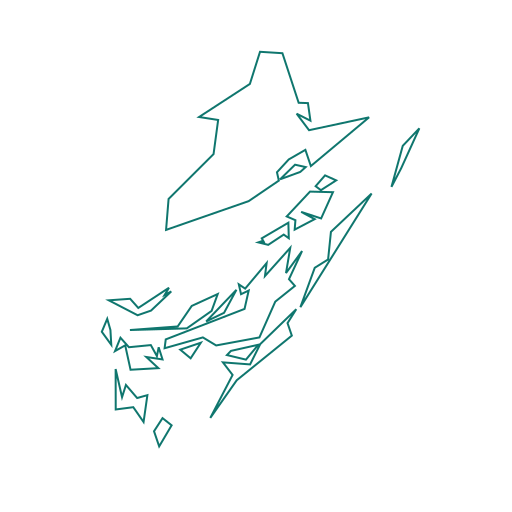 Van Don, Quảng Ninh, Vietnam, rotated 10°
{"feature_id": "81297802B23156291808671", "entity_name": "Van Don", "entity_type": "district", "adm_level": 2, "iso_a3": "VNM", "parent_name": "Vietnam", "parent_adm1": "Quảng Ninh", "projection": "albers", "projection_center": [107.384, 20.984], "detail": "medium", "context": "isolated", "style": "outline", "palette": "teal", "viewbox_px": 512, "rotation_deg": 10, "n_neighbors": 0, "source": "geoboundaries", "source_scale": "gbopen_adm2", "svg_char_len": 1964}
<svg xmlns="http://www.w3.org/2000/svg" viewBox="0 0 512 512"><g transform="rotate(10 256 256)"><path d="M162.9,245.9L239.3,203.2L265.4,177.8L262.1,169.9L271.5,155.2L286.2,142.9L294.4,157.9L343.3,99.8L286.4,122.9L271.3,108.8L286.1,113.3L280.6,96.4L271.4,97.7L246.8,51.7L224.5,54.2L220.1,87.6L175.8,129.0L195.1,128.6L196.5,163.0L160.0,215.0L162.9,245.9ZM300.5,243.1L288.5,267.6L288.3,242.0L268.3,274.2L267.7,261.1L251.0,290.0L244.0,286.9L247.9,296.2L254.8,291.3L253.9,310.1L181.6,353.8L182.0,362.7L217.8,345.4L232.3,351.0L273.5,335.6L282.9,297.6L299.5,278.7L292.5,273.1L300.5,243.1ZM308.6,298.7L359.0,174.4L325.6,219.2L327.6,246.9L315.9,257.4L308.6,298.7ZM304.9,301.4L275.5,342.0L269.0,363.8L241.9,366.5L253.6,377.2L239.1,423.4L258.6,381.7L305.1,328.2L298.7,316.6L304.9,301.4ZM320.7,179.8L298.0,183.2L279.4,211.7L288.6,213.9L289.5,223.3L307.4,209.5L292.8,204.7L313.6,207.7L320.7,179.8ZM136.7,360.0L133.7,374.1L142.7,366.7L152.2,389.8L179.3,383.4L165.5,374.5L181.9,374.1L176.0,362.8L175.8,371.8L167.9,362.0L146.7,367.9L136.7,360.0ZM224.9,300.1L201.4,316.3L191.1,339.0L144.7,350.8L200.4,339.3L221.8,317.8L224.9,300.1ZM148.6,418.3L137.4,391.7L144.5,431.5L161.4,426.2L174.1,439.0L173.2,411.9L163.6,416.5L150.3,405.6L148.6,418.3ZM172.8,310.2L175.8,302.4L149.1,327.6L139.5,320.0L118.7,325.2L149.7,334.9L162.1,328.0L178.7,305.6L172.8,310.2ZM377.4,164.4L383.7,144.5L394.7,101.9L381.4,122.0L377.4,164.4ZM192.1,431.9L186.0,446.3L193.7,460.3L202.3,437.4L192.1,431.9ZM234.4,317.5L242.6,292.7L218.3,329.1L234.4,317.5ZM209.4,368.1L216.7,351.0L197.7,361.4L209.4,368.1ZM282.1,217.6L258.6,237.6L262.1,241.8L259.3,240.3L255.9,242.2L266.1,242.9L279.6,230.1L285.2,232.8L282.1,217.6ZM273.7,343.0L247.8,353.8L244.6,358.6L264.1,359.8L273.7,343.0ZM321.8,167.6L310.0,164.6L302.6,176.9L308.5,179.9L321.8,167.6ZM289.5,159.8L278.6,159.3L266.4,176.3L285.0,165.5L289.5,159.8ZM120.4,343.7L117.3,357.4L128.9,368.6L125.5,354.2L120.4,343.7Z" fill="none" stroke="#0f766e" stroke-width="2"/></g></svg>